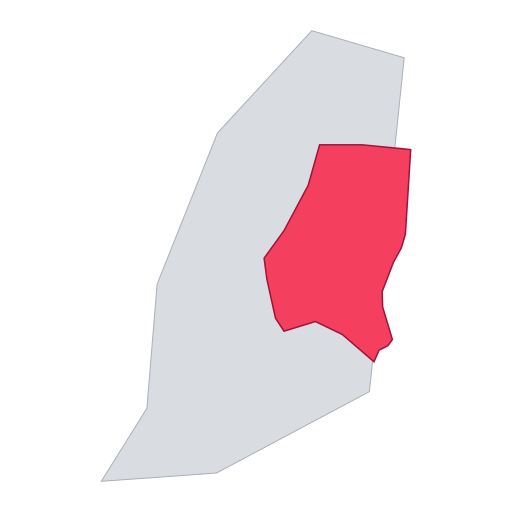 Saint Andrew on a map of Grenada (Robinson projection)
{"feature_id": "GRD-5070", "entity_name": "Saint Andrew", "entity_type": "Parish", "adm_level": 1, "iso_a3": "GRD", "parent_name": "Grenada", "parent_adm1": "", "projection": "robinson", "projection_center": [-61.639, 12.124], "detail": "fine", "context": "in_parent", "style": "filled", "palette": "rose", "viewbox_px": 512, "rotation_deg": 0, "n_neighbors": 0, "source": "natural_earth", "source_scale": "10m", "svg_char_len": 552}
<svg xmlns="http://www.w3.org/2000/svg" viewBox="0 0 512 512"><path d="M216.5,473.0L101.3,481.3L146.9,408.3L157.1,284.2L217.5,132.9L311.8,30.7L404.2,57.8L369.4,391.6L216.5,473.0Z" fill="#d9dde1" stroke="#a8b0b8" stroke-width="1"/><path d="M410.7,149.6L405.4,234.2L401.3,248.0L393.7,261.7L382.1,291.8L382.7,307.2L392.4,339.5L388.0,345.6L379.0,350.2L374.0,361.8L342.3,334.5L315.3,321.5L284.0,331.2L275.5,318.2L266.9,279.3L264.1,258.2L284.0,230.7L308.2,185.3L319.6,144.8L362.2,144.8L410.7,149.6Z" fill="#f43f5e" stroke="#9f1239" stroke-width="1.5"/></svg>